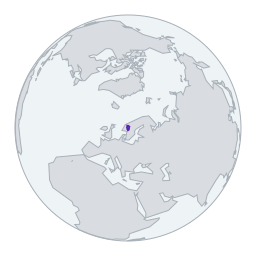 Oppland highlighted on a globe, orthographic projection, rotated 31°
{"feature_id": "NOR-920", "entity_name": "Oppland", "entity_type": "County", "adm_level": 1, "iso_a3": "NOR", "parent_name": "Norway", "parent_adm1": "", "projection": "orthographic", "projection_center": [9.47, 61.271], "detail": "fine", "context": "on_globe", "style": "filled", "palette": "violet", "viewbox_px": 256, "rotation_deg": 31, "n_neighbors": 0, "source": "natural_earth", "source_scale": "10m", "svg_char_len": 11010}
<svg xmlns="http://www.w3.org/2000/svg" viewBox="0 0 256 256"><g transform="rotate(31 128 128)"><circle cx="128" cy="128" r="113" fill="#eef3f6" stroke="#a8b0b8"/><path d="M15.4,128.7L15.8,130.2L16.6,124.2L16.7,121.2L16.3,120.6L17.5,110.0L19.2,103.9L29.5,74.4L32.0,70.3L34.3,67.8L48.9,52.2L37.4,62.8L40.9,58.3L45.9,53.3L45.6,54.1L52.4,48.9L57.1,44.9L66.1,40.8L74.1,41.8L71.1,43.3L73.4,43.5L77.3,41.7L79.4,40.5L92.7,40.1L106.2,36.6L109.4,33.6L109.6,35.9L114.8,29.1L121.4,26.8L114.6,30.6L114.4,32.0L119.3,31.0L120.1,32.2L123.0,32.4L123.6,34.1L119.6,36.4L119.9,37.5L123.3,36.7L126.0,38.0L121.0,39.0L125.3,41.3L119.3,46.1L105.3,48.0L102.6,52.6L89.9,60.0L91.7,60.9L88.0,64.5L88.7,67.0L86.1,67.8L88.9,69.1L91.1,67.9L93.1,68.0L93.7,69.4L90.5,70.7L89.8,70.2L89.1,71.3L87.3,71.3L88.6,72.1L84.7,73.5L89.4,74.2L87.0,77.1L84.2,77.5L83.4,74.7L74.8,69.3L71.7,69.2L68.1,71.6L63.7,81.9L60.7,83.0L57.4,86.5L59.6,87.0L62.9,84.5L66.0,86.6L69.7,83.5L71.5,83.9L75.7,82.0L76.2,85.3L74.5,89.7L71.0,91.5L70.2,93.6L74.4,94.4L68.9,100.5L66.8,109.4L65.3,110.7L60.5,108.5L58.1,101.8L52.0,99.6L57.1,104.2L53.1,107.8L53.0,109.8L53.9,111.5L55.8,111.4L54.7,113.4L49.2,109.4L50.1,107.6L51.9,108.8L50.7,105.8L47.0,103.4L45.2,105.6L41.4,100.2L40.1,101.8L38.6,101.5L40.9,99.4L36.7,103.2L31.9,98.6L26.1,105.2L30.5,96.2L31.4,91.9L31.8,87.3L30.8,88.3L32.8,81.4L32.3,77.7L28.6,80.1L25.2,85.7L23.3,92.8L24.4,93.0L23.9,97.7L20.8,99.3L19.5,109.0L17.6,112.0L16.8,116.7L17.0,120.6L16.9,126.2L18.0,127.1L19.3,131.1L18.1,134.4L19.8,134.3L19.8,138.8L23.1,149.0L22.6,148.9L25.2,161.4L30.0,172.1L31.0,176.6L30.3,176.9L32.4,180.4L32.4,181.4L42.5,194.8L49.1,203.0L49.9,205.9L46.3,204.4L46.9,206.2L41.2,199.8L36.0,193.0L31.3,185.8L27.2,178.3L23.7,170.5L20.7,162.4L18.4,154.2L16.8,145.7L15.7,137.2L15.4,128.7ZM24.4,106.6L23.0,119.5L22.2,114.1L22.6,114.7L23.3,111.0L24.1,105.1L23.8,100.7L24.4,106.6ZM27.4,108.0L27.5,106.0L27.6,107.7L27.4,108.0ZM80.2,39.8L77.3,41.6L73.4,42.8L75.7,41.2L80.2,39.8ZM87.7,37.9L86.7,39.0L84.2,38.4L85.6,38.0L87.7,37.9ZM111.4,31.3L109.0,32.1L111.1,30.9L111.4,31.3ZM123.3,32.2L123.7,31.6L125.0,32.0L123.3,32.2ZM75.1,80.3L75.4,81.1L74.5,81.1L75.1,80.3ZM76.7,78.7L75.4,78.1L76.0,77.2L76.8,77.7L76.7,78.7ZM127.1,34.9L129.0,35.8L126.4,35.3L127.1,34.9ZM78.1,79.8L77.1,75.8L78.2,74.4L81.9,74.9L78.1,79.8ZM129.7,36.6L134.5,38.9L135.8,37.7L134.7,42.5L131.0,38.9L127.5,38.3L129.6,37.7L129.7,36.6ZM91.5,66.9L89.2,68.2L90.6,65.9L91.5,66.9ZM91.9,65.3L93.3,58.0L97.1,56.9L95.9,59.5L100.3,57.0L101.4,60.0L99.2,62.0L96.6,62.2L99.0,63.2L91.9,65.3ZM133.2,44.8L133.8,45.8L132.4,45.2L133.2,44.8ZM94.0,67.9L93.9,66.5L97.2,65.4L97.9,68.0L96.6,67.5L94.0,67.9ZM100.9,55.0L103.4,54.7L105.0,57.0L106.2,57.2L101.7,60.0L100.9,55.0ZM96.2,68.5L98.1,69.4L97.2,71.2L94.2,69.3L96.2,68.5ZM97.7,64.0L99.3,63.6L98.6,64.7L97.7,64.0ZM94.8,78.4L94.7,76.7L96.4,75.9L94.8,78.4ZM98.9,69.6L99.2,69.0L99.9,68.5L100.9,69.5L98.9,69.6ZM103.2,61.5L103.3,62.5L105.1,60.4L106.4,62.2L103.2,63.8L105.1,63.8L105.5,64.3L102.4,65.1L103.2,61.5ZM104.0,69.1L100.3,71.9L100.2,75.3L98.7,76.0L99.2,70.4L104.0,69.1ZM103.3,66.6L103.4,68.3L101.5,68.3L100.3,67.2L103.3,66.6ZM108.4,62.8L107.3,59.7L108.0,59.5L108.4,62.8ZM104.3,70.1L105.2,69.4L104.5,70.3L104.3,70.1ZM107.6,65.0L107.1,63.9L107.9,63.7L107.6,65.0ZM107.3,69.0L106.2,69.8L105.3,69.1L107.3,69.0ZM107.7,67.1L109.0,67.1L105.7,68.3L107.4,66.7L107.7,67.1ZM108.5,64.9L108.8,64.4L108.6,65.4L108.5,64.9ZM111.2,71.4L107.2,73.1L105.4,71.4L109.5,70.0L111.2,71.4ZM240.4,120.1L240.4,122.1L239.9,120.8L239.6,122.6L238.4,118.5L235.7,116.0L235.8,121.8L234.6,119.5L230.8,119.8L230.3,128.0L230.3,144.3L232.4,150.9L231.5,157.0L225.4,154.6L221.6,149.8L220.0,153.4L213.2,153.5L203.3,164.1L201.3,163.2L199.6,166.1L194.7,167.5L191.4,165.6L188.7,167.9L197.3,172.7L200.1,170.1L201.7,164.4L203.6,166.8L208.2,165.8L205.1,177.7L189.5,196.0L187.0,191.5L170.3,181.4L170.2,179.2L169.9,178.6L169.3,182.5L166.1,179.9L176.1,189.0L178.1,193.4L189.3,196.5L188.5,197.9L191.8,197.6L201.2,188.9L201.5,190.6L197.6,201.4L183.7,217.9L185.0,221.3L183.1,224.7L173.3,230.3L173.0,231.2L167.8,233.3L167.4,233.5L158.3,236.5L149.0,238.7L139.5,240.1L138.0,240.2L132.1,238.1L136.0,235.6L135.3,233.5L126.7,227.8L128.6,223.7L126.1,221.9L121.0,222.3L118.0,219.9L114.8,219.6L94.3,217.8L87.6,213.0L78.4,199.3L81.7,195.8L81.5,189.9L103.7,173.6L109.4,175.9L128.1,173.7L130.6,174.4L129.4,180.0L144.3,184.8L147.8,179.8L160.2,180.2L167.8,177.3L168.6,166.5L156.2,171.0L153.0,166.6L162.1,158.8L172.8,154.7L171.9,152.9L164.3,151.4L165.8,146.5L161.5,150.5L163.9,151.8L161.3,154.4L158.9,153.4L159.6,151.7L156.1,151.9L153.9,160.5L156.1,162.7L147.6,166.4L150.4,170.6L148.4,173.3L142.8,167.3L142.7,164.6L133.0,158.0L132.4,161.2L141.5,167.6L139.0,167.4L138.3,172.0L136.9,168.4L127.2,160.8L118.9,162.7L109.8,173.3L104.6,173.5L99.6,170.5L101.4,159.4L112.7,160.1L113.5,156.5L109.9,150.6L113.7,151.4L113.6,149.2L117.8,149.1L122.4,143.8L126.4,143.2L127.0,136.2L129.2,134.9L128.2,139.4L129.7,142.2L139.6,140.5L141.1,138.7L140.7,134.4L143.5,134.6L141.8,130.6L146.9,127.6L139.3,128.1L138.6,123.2L141.0,118.9L139.4,117.4L135.5,124.6L135.2,127.4L137.1,129.7L135.0,137.8L131.9,139.5L128.9,131.5L124.1,133.2L123.9,126.5L134.6,110.8L139.6,106.9L150.6,110.3L150.2,113.7L146.0,114.2L151.0,118.0L150.0,115.6L152.3,115.9L152.2,111.6L153.9,111.5L151.0,107.5L153.0,107.0L154.8,109.6L156.3,103.0L160.2,101.0L159.7,99.5L158.2,98.5L164.0,96.7L163.5,95.8L161.3,95.9L158.8,94.2L156.6,90.4L158.7,90.0L159.8,91.3L165.3,93.5L167.9,97.2L168.5,96.6L166.8,93.3L160.1,90.6L158.2,88.5L161.5,89.3L160.1,88.8L159.8,87.6L161.6,86.1L158.0,85.1L151.9,73.3L154.6,69.4L158.2,71.3L156.3,63.2L159.5,59.7L157.5,59.9L155.2,56.3L154.2,57.3L153.1,57.2L146.7,48.9L146.9,46.8L141.9,43.8L140.9,43.9L140.5,45.3L134.7,42.5L135.8,37.7L138.1,37.7L137.3,34.9L142.6,35.2L146.5,34.3L152.7,36.6L155.3,35.8L154.7,34.8L157.8,33.2L166.3,33.6L162.1,37.6L149.9,38.7L155.1,38.5L154.8,39.9L157.1,40.7L160.7,40.6L160.7,39.7L170.6,47.1L180.8,50.5L178.2,46.6L179.3,44.8L188.7,46.1L204.4,57.7L206.1,56.0L208.1,56.9L210.8,60.4L208.0,59.2L208.2,61.4L206.2,60.3L209.5,65.7L206.8,64.4L210.7,69.4L212.3,69.0L210.4,64.6L215.0,69.7L216.6,67.5L219.9,69.5L227.6,81.3L230.8,90.2L231.7,91.5L231.3,93.5L233.3,99.3L235.9,99.0L236.7,100.7L238.8,110.2L238.4,109.2L237.6,114.4L239.2,119.7L239.9,116.8L240.2,118.1L240.4,120.1ZM97.3,184.1L96.9,186.0L97.3,184.1ZM185.1,155.2L190.8,151.4L186.6,146.8L188.4,145.0L186.3,144.2L186.2,146.5L180.8,143.7L182.6,139.9L181.1,137.4L179.1,138.6L176.5,146.0L184.3,150.0L183.7,153.5L185.1,155.2ZM23.3,149.2L23.5,151.1L22.9,149.5L23.3,149.2ZM21.2,114.6L21.3,116.8L21.1,118.5L20.9,117.0L21.2,114.6ZM24.1,132.6L24.6,135.3L23.7,133.0L24.1,132.6ZM23.0,121.4L23.7,130.5L22.0,126.6L21.7,120.9L22.4,124.0L23.0,121.4ZM25.6,108.8L25.5,110.4L25.0,110.6L25.6,108.8ZM27.5,109.2L27.4,108.7L27.8,107.6L27.5,109.2ZM53.5,108.0L53.9,108.4L54.4,110.4L53.4,109.9L53.5,108.0ZM61.4,116.9L59.4,119.9L60.1,117.3L58.3,117.1L57.6,111.7L64.5,111.1L61.5,112.3L61.4,116.9ZM58.5,104.4L58.2,107.8L58.2,104.2L58.5,104.4ZM109.1,137.6L110.9,139.2L109.9,141.8L104.8,143.0L106.2,139.3L109.1,137.6ZM113.8,140.9L112.2,132.9L115.3,132.0L113.8,133.8L116.1,134.0L114.3,137.1L118.8,144.2L118.2,146.9L109.0,147.5L112.3,145.7L110.4,144.2L113.8,140.9ZM102.8,115.7L102.1,112.6L109.7,114.4L109.4,117.1L104.3,118.4L101.6,116.0L102.8,115.7ZM85.0,81.5L84.3,80.5L85.1,80.1L86.5,80.7L85.0,81.5ZM94.6,77.7L89.1,85.6L88.0,84.8L86.1,90.6L82.4,90.9L83.7,87.1L79.5,91.7L79.2,88.3L76.7,91.8L80.1,83.3L79.7,80.6L81.5,83.4L84.9,83.3L86.3,82.4L89.8,78.0L90.6,72.3L94.1,71.4L96.4,72.2L96.7,73.5L94.3,73.6L96.5,75.2L93.3,76.4L94.6,77.7ZM120.8,85.1L117.9,84.4L121.7,88.4L118.5,89.3L119.2,89.7L117.3,91.7L116.1,94.9L114.5,94.9L114.8,96.1L113.5,97.5L113.3,99.3L110.4,99.9L109.9,102.1L108.8,101.2L108.7,104.9L107.4,102.4L105.7,104.1L107.8,105.6L92.5,105.5L87.1,107.6L83.2,110.8L81.6,106.4L84.2,100.7L88.9,95.2L94.4,93.9L92.7,92.3L94.8,91.2L95.3,92.9L95.8,89.6L97.7,89.2L101.9,84.8L101.5,80.4L103.0,78.8L104.1,80.3L104.9,77.6L108.0,79.4L109.1,78.3L113.4,79.1L114.8,82.9L116.0,81.4L119.3,82.0L120.8,85.1ZM112.4,71.7L114.8,75.8L114.3,78.4L107.2,76.0L105.7,76.7L101.1,75.4L102.0,71.8L103.2,72.4L104.6,72.3L103.8,73.5L105.5,72.4L107.2,73.3L109.0,72.8L109.3,74.2L112.4,71.7ZM132.8,172.2L134.6,172.2L137.3,171.7L136.9,174.6L132.8,172.2ZM126.1,167.1L127.6,166.6L128.3,170.4L126.4,170.4L126.1,167.1ZM127.9,163.3L127.6,166.3L126.7,164.7L127.9,163.3ZM129.6,138.8L131.2,138.1L131.6,139.0L131.0,140.6L129.6,138.8ZM131.4,97.6L129.8,96.7L130.2,96.0L128.3,92.5L130.5,91.6L132.5,93.4L131.4,97.6ZM166.8,169.1L165.0,171.9L163.7,171.4L164.6,170.5L166.8,169.1ZM150.5,174.1L154.5,174.4L150.3,175.0L150.5,174.1ZM133.5,96.1L132.5,94.7L134.2,95.1L133.5,96.1ZM132.1,90.8L134.0,90.9L130.6,91.1L132.1,90.8ZM186.0,224.6L186.1,224.4L190.0,220.8L195.5,216.7L198.4,213.6L199.3,214.1L192.0,220.7L186.0,224.6ZM240.6,128.2L239.8,130.0L240.1,126.5L240.5,122.0L240.6,128.2ZM232.7,151.0L234.5,151.9L233.8,154.6L232.7,151.0ZM232.8,86.6L231.7,84.1L231.9,84.4L232.8,86.6ZM229.8,79.9L230.2,80.7L230.4,81.2L229.8,79.9ZM232.8,93.0L233.4,95.9L232.9,95.2L231.7,91.2L232.8,93.0ZM222.4,71.4L224.5,73.3L225.3,74.5L224.6,74.5L222.4,71.4ZM150.9,87.6L151.0,93.4L152.5,97.2L155.7,98.7L151.3,99.2L148.9,93.3L150.9,87.6ZM151.6,75.1L148.8,74.0L149.9,72.9L150.7,73.0L151.6,75.1ZM150.0,75.5L146.7,77.0L145.1,75.4L148.0,74.5L150.0,75.5ZM140.2,86.4L140.1,88.2L138.7,87.8L140.2,86.4ZM229.9,80.0L229.8,79.8L229.9,80.0ZM228.2,76.6L230.0,80.4L227.6,76.9L226.5,74.6L228.8,78.1L228.1,76.3L228.2,76.6ZM207.0,52.8L205.9,52.6L204.2,50.5L205.5,51.3L207.0,52.8ZM197.7,44.1L203.4,49.9L207.7,54.9L207.5,53.9L210.5,56.2L209.6,57.1L204.8,52.6L202.0,49.1L199.3,47.6L195.8,44.7L193.2,44.1L190.9,42.7L192.5,42.2L197.7,44.1ZM192.1,44.1L186.2,42.6L184.1,39.5L184.9,39.1L188.5,41.0L189.4,42.6L192.1,44.1ZM184.1,41.4L184.9,42.9L177.9,44.9L175.9,44.6L180.1,41.2L181.1,42.5L183.2,42.6L184.1,41.4ZM134.8,45.3L133.9,45.8L134.1,44.9L134.8,45.3ZM152.6,57.8L151.1,57.4L151.3,56.3L152.6,57.8ZM147.1,55.8L147.8,57.3L146.1,55.9L147.1,55.8ZM149.5,60.7L147.6,58.0L150.7,60.3L149.5,60.7Z" fill="#d9dde1" stroke="#a8b0b8" stroke-width="1"/><path d="M129.6,129.3L129.3,129.5L129.2,129.5L129.2,129.4L129.2,129.5L129.3,129.6L129.4,129.8L129.3,130.0L129.2,130.2L128.9,130.0L128.8,129.9L128.7,129.8L128.7,129.7L128.7,129.4L128.6,129.2L128.4,129.2L128.5,129.2L128.5,129.3L128.4,129.3L128.3,129.5L128.2,129.5L128.2,129.4L127.9,129.3L127.9,129.2L127.8,128.9L127.5,128.8L127.4,128.7L127.2,128.6L127.0,128.4L126.9,128.4L126.7,128.2L126.8,127.9L126.8,127.7L126.7,127.7L126.8,127.7L126.6,127.4L126.6,127.2L126.4,127.0L126.2,127.0L126.1,126.9L126.1,126.7L126.0,126.4L126.3,126.4L126.4,126.2L126.5,126.1L126.8,125.9L127.0,125.8L127.3,125.8L127.5,125.8L127.8,125.9L128.0,126.0L128.3,126.0L128.2,126.2L128.2,126.3L128.3,126.3L128.4,126.5L128.4,126.8L128.5,126.8L128.5,126.7L128.6,126.8L128.6,127.0L128.8,127.1L129.0,127.1L129.1,127.4L129.1,127.6L129.3,128.0L129.2,128.0L129.1,128.3L128.9,128.4L128.9,128.5L129.0,128.5L129.2,128.8L129.3,129.0L129.5,129.1L129.6,129.3L129.6,129.3Z" fill="#8b5cf6" stroke="#5b21b6" stroke-width="1.5"/></g></svg>